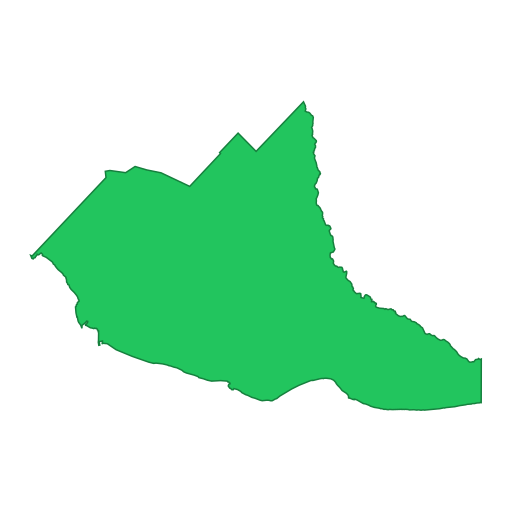 outline of Coronel de Marina L. Rosales, Buenos Aires, Argentina
{"feature_id": "61730980B45528536534389", "entity_name": "Coronel de Marina L. Rosales", "entity_type": "district", "adm_level": 2, "iso_a3": "ARG", "parent_name": "Argentina", "parent_adm1": "Buenos Aires", "projection": "equal_earth", "projection_center": [-61.809, -38.816], "detail": "fine", "context": "isolated", "style": "filled", "palette": "green", "viewbox_px": 512, "rotation_deg": 0, "n_neighbors": 0, "source": "geoboundaries", "source_scale": "gbopen_adm2", "svg_char_len": 6041}
<svg xmlns="http://www.w3.org/2000/svg" viewBox="0 0 512 512"><path d="M30.7,255.4L31.9,258.4L33.1,258.9L33.3,258.3L35.2,257.6L35.4,257.0L37.1,254.8L37.2,254.3L37.9,254.8L38.7,254.8L41.0,253.0L41.3,253.0L42.6,254.5L42.3,255.3L42.6,255.7L46.2,257.3L52.0,261.7L52.7,262.5L53.3,264.0L54.8,265.0L55.1,265.8L56.4,267.6L58.2,269.7L61.7,272.6L63.0,274.0L63.4,275.1L65.9,277.2L65.9,278.0L66.3,278.6L66.2,279.0L66.5,279.5L66.6,282.0L67.6,283.5L67.8,284.5L69.0,285.0L69.7,287.4L71.2,289.5L74.3,292.5L76.7,295.5L77.7,297.2L78.1,298.8L78.8,299.8L79.1,300.8L79.0,301.3L78.3,301.4L78.0,302.3L77.3,302.8L77.3,304.2L76.8,304.3L76.3,305.0L76.2,305.6L76.3,306.4L75.5,306.9L76.0,312.9L76.9,317.1L77.3,317.0L78.1,321.0L78.7,322.4L80.7,325.1L81.9,328.3L82.1,325.3L85.8,322.3L86.6,321.1L87.7,321.3L87.8,321.8L87.3,323.0L86.3,324.3L85.5,324.4L85.6,325.3L86.7,325.6L90.0,327.6L91.2,328.0L92.0,328.0L93.7,328.6L94.2,328.5L94.7,328.1L96.0,328.6L96.4,328.4L97.4,329.3L97.4,329.9L98.6,330.9L98.6,331.4L98.2,331.5L98.6,333.0L98.5,340.2L98.3,342.2L98.8,345.3L99.8,345.1L99.0,341.7L102.5,341.0L102.5,342.2L102.1,343.2L102.3,343.6L103.2,343.3L107.3,343.7L116.1,349.7L132.3,356.4L148.6,362.1L153.7,363.4L156.0,363.1L162.7,363.9L167.4,365.0L168.9,365.7L170.4,365.9L173.8,367.1L176.9,367.8L181.9,370.2L183.7,371.8L186.4,373.0L194.1,375.1L198.1,376.6L198.8,377.6L203.5,378.8L207.4,380.2L211.6,381.1L220.6,380.6L227.0,381.1L227.8,381.5L227.8,381.9L229.0,382.2L229.5,383.1L230.0,383.2L230.0,383.9L228.9,384.3L228.4,385.2L228.3,386.1L229.7,388.1L230.8,388.6L231.8,389.7L233.2,389.7L233.3,389.2L233.9,389.0L234.0,388.6L237.6,389.6L240.9,391.5L241.6,392.5L245.7,394.7L247.9,395.4L251.9,397.4L254.9,398.2L260.1,400.2L262.2,400.7L266.8,400.2L268.9,400.3L270.9,400.8L272.3,400.7L275.3,399.0L276.7,398.6L279.9,396.0L291.8,388.9L299.2,385.2L310.6,380.6L312.6,380.3L312.8,380.5L320.2,378.7L322.2,378.4L323.4,378.6L324.0,378.3L326.0,378.2L330.8,378.8L333.7,380.2L335.9,382.6L336.1,383.4L337.6,385.3L339.8,387.5L342.1,390.5L346.1,393.1L347.9,394.8L348.7,397.0L348.5,397.8L348.9,398.1L349.7,398.1L353.3,399.6L353.9,399.2L354.4,399.6L354.8,399.2L356.9,399.9L363.4,403.6L365.4,403.9L368.6,405.1L370.6,406.2L374.4,407.4L379.5,408.2L380.6,408.7L382.0,408.7L384.1,409.4L385.0,409.2L388.1,409.7L389.8,409.4L392.3,409.6L401.6,409.3L402.0,409.5L403.0,409.3L404.4,409.5L404.9,409.3L408.1,409.5L409.4,409.9L414.0,409.7L417.0,410.1L418.0,409.8L421.1,410.2L423.2,409.9L424.3,410.1L439.7,408.7L443.6,407.9L444.7,408.0L445.8,407.6L454.8,406.7L459.8,405.6L465.5,404.8L467.3,404.3L471.6,404.0L472.2,403.6L474.4,403.6L476.8,403.0L480.0,402.8L480.3,402.4L481.2,402.6L481.3,359.0L480.1,359.5L478.5,358.5L478.1,359.2L475.6,359.6L473.8,361.8L472.7,361.7L471.5,362.1L469.7,362.2L468.6,361.4L466.8,358.9L465.1,358.1L463.6,358.1L461.0,356.7L459.1,355.3L457.8,353.8L456.6,351.7L454.3,349.4L453.3,348.9L451.1,346.4L450.6,346.1L450.1,344.7L449.5,343.7L448.0,342.3L445.8,340.9L444.4,339.7L443.2,339.5L442.1,340.1L440.4,340.3L438.0,339.0L436.2,337.6L434.7,335.9L434.0,335.5L432.5,335.7L430.5,334.6L429.7,333.7L428.1,333.9L427.2,334.4L425.6,333.8L425.0,333.4L422.5,327.9L420.4,326.4L420.1,325.7L418.7,324.6L416.8,323.6L416.3,322.8L415.3,322.3L414.3,321.8L411.8,321.4L411.3,321.0L410.2,319.3L408.3,319.1L407.3,318.6L404.8,315.6L404.2,315.5L402.2,316.5L401.3,316.3L400.3,316.5L398.3,315.7L396.0,313.8L395.5,313.1L395.7,312.5L395.3,312.2L395.3,311.3L393.9,310.9L393.2,309.8L391.8,309.7L391.4,309.0L390.5,308.9L388.0,309.6L385.9,308.7L385.3,308.8L384.9,309.3L383.7,308.5L379.5,308.2L376.2,307.2L375.6,306.1L375.9,304.9L376.3,304.5L376.3,303.4L375.6,303.3L375.1,302.7L374.5,302.7L374.3,302.0L373.6,301.8L373.1,301.3L371.9,301.8L371.5,301.7L371.9,299.4L371.3,299.3L370.8,299.0L370.5,297.6L370.1,296.9L366.7,294.8L365.5,294.9L364.3,296.5L364.2,297.7L363.9,298.3L360.9,297.5L360.8,297.1L361.1,296.2L360.7,294.7L360.9,294.0L359.9,293.2L359.3,293.5L358.2,293.4L356.7,293.7L355.6,293.0L354.3,291.7L354.0,291.0L353.2,290.5L353.0,289.3L353.4,288.8L353.2,288.1L352.9,287.7L352.8,287.1L352.3,286.9L352.0,286.2L351.8,284.1L350.1,281.6L347.9,280.2L346.2,278.2L345.8,277.4L346.7,273.3L346.7,271.6L346.3,271.2L344.1,272.2L343.4,271.9L343.1,271.4L343.0,270.2L342.5,269.4L342.5,268.3L341.8,267.3L339.8,267.1L338.4,267.4L337.8,267.1L336.7,266.1L336.0,266.3L335.3,265.9L334.2,264.8L333.3,263.3L333.6,261.1L333.2,260.2L332.5,258.9L331.6,259.0L330.9,258.0L330.3,257.6L330.0,255.3L330.3,253.1L330.7,252.7L331.4,252.7L332.6,252.1L333.3,252.0L334.8,249.5L334.8,248.6L334.3,247.7L333.0,241.3L333.1,239.7L332.8,237.0L332.3,236.1L330.7,235.4L330.7,234.8L330.2,234.0L329.3,231.3L329.3,230.4L330.9,228.8L330.7,228.0L329.8,226.1L329.1,225.7L328.7,225.8L328.3,225.3L327.7,225.2L326.7,225.4L325.9,225.1L325.3,224.1L324.1,220.8L323.7,220.5L323.4,219.8L323.5,218.8L322.4,217.8L322.8,216.7L322.3,215.7L322.6,213.8L322.6,212.7L322.4,212.0L321.5,211.3L321.4,210.5L320.7,209.6L320.4,208.4L319.5,207.2L318.7,206.5L318.1,205.6L316.7,205.1L316.2,202.9L316.4,201.0L316.2,198.5L316.7,197.9L317.9,194.9L318.4,192.7L317.3,189.4L316.8,188.9L316.0,189.1L315.5,188.8L315.0,187.3L314.5,186.9L314.5,185.9L315.1,184.2L316.1,183.2L317.1,180.8L317.5,178.2L318.5,177.5L319.1,175.1L320.0,174.6L319.8,174.0L320.4,173.6L320.3,173.1L319.9,172.6L319.8,171.7L318.1,170.0L317.3,167.5L316.8,167.0L316.8,165.7L316.2,162.8L314.6,158.7L314.5,157.7L315.0,155.8L313.6,153.9L313.6,152.8L313.3,152.3L313.8,152.1L314.0,150.5L314.5,150.0L314.6,148.6L314.8,148.1L315.4,147.8L315.5,147.3L315.5,145.7L314.7,144.3L315.4,142.9L315.9,142.7L316.4,141.4L316.3,140.7L314.1,138.4L312.7,137.4L312.6,136.7L312.0,135.4L312.7,134.1L312.4,133.2L312.7,132.2L312.7,130.9L312.1,128.5L311.6,127.6L312.7,125.6L312.7,124.4L313.0,123.3L312.8,122.1L313.3,117.4L312.6,115.8L311.5,115.3L309.9,113.2L308.7,112.3L306.7,112.0L305.2,111.1L305.8,109.1L305.8,108.6L305.3,107.8L305.5,106.2L303.5,101.8L256.1,151.4L238.1,133.1L219.6,152.6L220.5,153.6L189.7,186.4L161.0,172.8L146.6,169.9L135.1,166.5L125.6,172.7L109.9,170.5L105.3,171.3L106.0,177.6L32.1,256.0L30.7,255.4Z" fill="#22c55e" stroke="#15803d" stroke-width="1.5"/></svg>